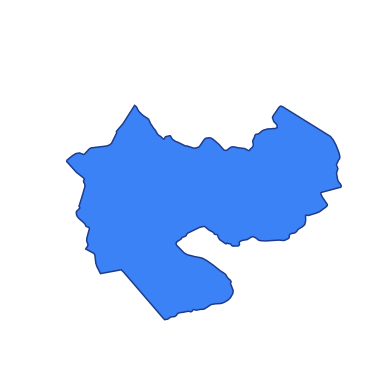 the border of Jujuy, rotated 303°
{"feature_id": "ARG-1301", "entity_name": "Jujuy", "entity_type": "Province", "adm_level": 1, "iso_a3": "ARG", "parent_name": "Argentina", "parent_adm1": "", "projection": "albers", "projection_center": [-65.702, -23.2], "detail": "fine", "context": "isolated", "style": "filled", "palette": "blue", "viewbox_px": 384, "rotation_deg": 303, "n_neighbors": 0, "source": "natural_earth", "source_scale": "10m", "svg_char_len": 5193}
<svg xmlns="http://www.w3.org/2000/svg" viewBox="0 0 384 384"><g transform="rotate(303 192 192)"><path d="M70.0,238.5L70.2,237.6L75.6,219.2L81.0,200.7L86.4,182.3L87.7,177.7L88.2,175.0L73.7,159.7L77.7,152.8L80.0,150.0L86.0,145.1L86.9,143.8L87.0,141.9L86.3,133.9L87.6,133.8L89.4,134.0L90.6,133.7L91.7,133.0L92.4,131.8L94.0,130.0L96.1,128.9L105.1,126.0L106.0,125.4L106.0,124.5L105.5,122.0L105.7,121.3L106.7,120.0L107.3,118.0L108.2,111.6L108.8,109.6L109.8,107.8L111.6,106.2L112.7,105.7L113.6,105.8L114.4,106.1L116.0,106.3L117.3,106.7L117.7,106.6L118.0,106.1L118.2,105.4L118.5,105.0L127.8,102.4L138.4,99.2L140.3,97.7L140.7,96.9L141.1,96.0L141.8,95.3L142.4,94.9L143.5,94.8L143.8,95.0L144.0,94.9L144.5,93.8L144.8,92.6L145.5,84.5L149.3,70.3L150.7,69.8L157.5,72.0L161.0,73.7L163.5,76.4L164.4,80.6L164.8,81.1L172.2,82.4L174.0,83.3L184.2,95.5L186.6,97.2L189.0,98.0L200.2,96.7L200.8,96.4L201.1,96.0L201.5,95.7L202.2,95.6L207.8,96.4L212.0,96.9L233.4,96.7L233.2,98.6L232.9,99.6L231.8,101.2L231.0,102.7L230.5,104.1L229.8,107.4L229.5,110.1L229.5,115.1L229.4,115.8L229.2,116.3L227.8,118.5L227.5,118.8L226.7,120.2L224.4,125.5L224.1,126.9L223.6,128.1L221.8,131.5L221.5,132.4L221.4,133.1L221.5,135.1L220.9,139.0L221.2,139.7L221.5,139.8L222.3,139.8L223.5,139.6L224.2,139.9L227.0,142.6L227.3,143.3L226.0,145.8L225.6,147.1L225.5,148.4L225.5,150.6L225.6,151.4L225.9,152.4L226.0,152.9L227.0,161.0L227.1,161.5L227.8,162.6L228.1,163.4L229.6,169.2L229.9,169.8L230.2,170.3L231.3,171.5L233.0,172.9L233.8,173.3L234.8,173.5L241.5,173.6L243.7,173.9L244.4,174.2L245.1,174.8L246.3,176.2L246.9,176.9L247.2,177.6L247.5,178.4L247.6,178.9L247.7,181.1L246.6,188.7L245.1,194.0L244.8,195.3L244.7,196.3L244.9,196.8L245.0,197.2L245.2,197.6L245.5,197.9L245.7,198.2L246.1,198.5L247.8,199.1L248.4,199.2L251.0,200.4L251.9,201.3L253.2,203.7L254.1,206.4L256.8,211.8L257.2,212.7L257.2,213.1L257.4,216.1L257.6,216.9L258.0,217.4L258.4,217.5L259.4,217.5L260.4,217.7L262.6,218.3L264.2,218.1L264.6,218.0L265.1,217.6L265.4,217.3L265.7,217.1L267.2,215.7L268.0,215.1L268.6,214.9L272.0,214.5L273.6,214.0L274.5,214.0L275.0,214.1L275.6,214.6L276.4,215.6L276.7,215.9L277.1,216.1L277.7,216.4L280.7,217.2L283.2,218.5L284.4,219.7L286.0,221.0L286.3,221.3L287.6,223.3L289.3,225.3L289.5,225.6L289.8,226.1L290.4,227.0L292.4,228.4L294.2,227.0L294.8,226.0L295.6,222.3L296.0,221.7L297.5,219.9L298.1,219.0L299.1,218.7L299.8,218.6L309.7,218.8L311.1,219.0L312.3,219.5L312.7,220.5L312.9,221.9L314.0,277.4L313.8,278.5L312.5,282.3L309.7,287.3L305.0,293.8L302.9,296.1L301.9,296.9L301.5,297.1L300.8,297.5L300.3,297.6L299.8,297.6L298.2,297.5L297.3,297.7L296.9,297.8L296.4,297.9L294.9,297.9L294.3,298.1L293.5,298.4L293.1,298.7L292.8,299.1L291.5,301.1L291.1,301.6L290.6,301.8L286.7,302.8L282.5,306.6L281.2,308.0L280.3,309.6L279.7,311.6L279.1,312.9L278.7,313.5L278.3,313.9L277.9,314.1L277.6,314.2L277.0,314.1L262.1,300.7L261.2,300.4L260.1,301.8L258.9,303.7L255.3,312.2L255.0,312.5L254.6,312.7L254.2,312.8L253.7,312.8L252.6,312.6L245.1,309.8L242.6,308.2L235.9,302.6L235.6,302.3L235.5,301.9L235.2,301.0L235.0,300.6L234.7,300.2L234.3,300.1L233.9,300.2L230.7,302.4L228.8,303.4L227.8,303.7L225.9,304.3L222.7,303.4L219.2,301.6L218.3,301.4L217.8,301.3L215.8,301.2L214.0,300.7L213.1,299.9L211.4,298.1L210.7,297.6L210.0,297.2L209.5,297.2L209.0,297.1L208.6,297.2L208.4,297.3L207.4,298.0L206.9,298.2L206.1,298.3L205.3,298.1L202.8,296.6L202.0,296.1L201.5,295.6L200.6,294.2L199.1,291.2L191.2,280.6L188.5,276.0L187.9,274.3L188.2,270.7L187.9,267.5L186.3,266.2L182.6,264.4L182.0,264.1L181.2,263.1L178.3,260.2L177.5,259.6L176.7,259.2L176.1,259.1L175.6,259.1L175.2,259.2L174.8,259.4L174.5,259.7L174.3,260.1L173.9,260.4L173.4,260.5L172.6,260.5L172.1,260.3L171.8,260.0L171.1,258.9L170.4,257.9L168.9,255.8L168.7,254.6L168.9,254.1L169.3,253.1L169.5,252.5L169.4,252.1L169.2,251.8L168.9,251.6L168.8,251.4L168.5,250.8L168.4,249.6L168.3,249.2L167.9,249.1L167.5,249.1L167.0,248.7L166.9,248.3L166.9,247.7L167.1,241.7L167.2,241.0L167.4,240.5L168.3,238.8L168.5,238.5L169.7,237.1L169.9,236.6L169.9,236.2L169.0,234.3L168.9,233.9L168.9,233.7L169.8,231.8L169.4,227.7L169.4,226.0L169.9,222.9L170.0,222.1L169.9,221.4L169.5,220.6L168.9,220.0L166.6,217.7L155.3,210.9L154.9,210.7L154.4,210.6L154.0,210.6L153.1,210.7L152.1,210.8L150.8,210.2L148.4,208.4L146.3,208.4L142.7,206.7L141.7,206.5L140.9,206.4L140.3,206.6L139.9,206.9L139.6,207.2L139.1,207.9L138.9,208.4L136.9,217.2L136.6,219.4L136.8,221.9L137.0,222.7L138.7,227.6L139.0,228.8L141.5,234.8L142.2,237.1L142.5,242.1L142.2,249.7L141.3,258.7L141.4,262.2L141.2,264.6L140.9,265.7L140.4,266.5L139.8,267.7L139.2,269.5L138.9,272.1L138.4,273.2L137.8,273.8L136.6,274.0L136.0,274.4L131.9,280.1L129.2,281.5L124.3,281.8L121.4,281.2L118.3,279.8L115.8,278.3L114.0,276.7L111.1,272.7L108.4,269.7L107.7,269.2L101.3,266.4L100.0,265.6L99.5,264.9L98.1,262.9L95.4,260.2L95.2,259.9L95.0,259.5L94.6,258.0L94.2,257.3L93.8,257.1L93.2,256.9L92.6,257.0L91.7,256.9L91.3,256.6L90.9,256.3L90.6,255.5L90.1,254.0L90.0,253.8L86.5,250.3L84.2,247.6L83.6,247.0L83.0,246.6L82.6,246.4L81.6,246.1L80.0,246.0L79.3,245.9L78.5,245.5L78.0,245.2L77.6,244.8L76.1,242.8L75.6,242.3L75.1,242.0L73.0,241.3L72.5,241.0L71.9,240.6L70.0,238.5L70.0,238.5Z" fill="#3b82f6" stroke="#1e3a8a" stroke-width="1.5"/></g></svg>